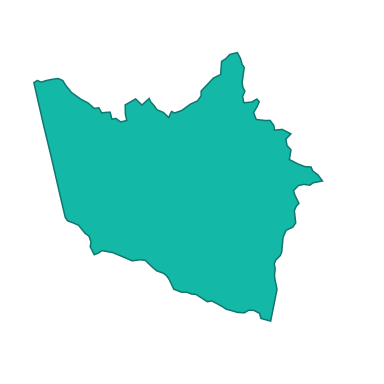 Rolante, Rio Grande do Sul, Brazil, rotated 257°
{"feature_id": "56859067B79381959059514", "entity_name": "Rolante", "entity_type": "district", "adm_level": 2, "iso_a3": "BRA", "parent_name": "Brazil", "parent_adm1": "Rio Grande do Sul", "projection": "albers", "projection_center": [-50.543, -29.636], "detail": "fine", "context": "isolated", "style": "filled", "palette": "teal", "viewbox_px": 384, "rotation_deg": 257, "n_neighbors": 0, "source": "geoboundaries", "source_scale": "gbopen_adm2", "svg_char_len": 1814}
<svg xmlns="http://www.w3.org/2000/svg" viewBox="0 0 384 384"><g transform="rotate(257 192 192)"><path d="M334.1,62.5L290.4,62.4L261.9,62.7L243.0,62.7L224.8,62.7L214.3,62.7L195.5,62.8L191.8,64.4L188.8,69.0L185.2,73.9L175.6,78.6L172.4,81.6L166.1,82.4L161.6,80.5L152.9,82.6L153.5,86.9L155.1,91.1L150.9,101.0L142.1,113.2L138.4,118.1L137.6,126.2L136.0,131.0L128.2,136.1L123.1,139.9L119.3,145.8L116.5,148.2L111.9,150.1L101.4,152.4L96.8,159.0L95.5,164.5L92.7,168.6L91.4,172.7L86.7,177.4L81.6,182.3L81.4,186.8L74.4,194.8L70.0,199.1L67.6,203.7L64.5,209.1L62.5,215.8L64.0,220.5L62.8,225.5L58.6,230.5L53.3,230.7L50.5,235.9L48.5,239.6L77.9,252.9L82.8,253.1L87.7,253.1L92.2,253.6L98.5,255.8L103.6,256.0L106.8,258.3L110.2,263.7L113.5,266.0L127.3,270.5L133.5,275.1L135.1,282.3L138.5,286.1L150.7,287.5L154.7,290.4L156.8,293.6L166.1,291.5L170.5,291.2L174.3,297.1L174.3,302.6L172.1,308.5L173.7,312.0L173.4,321.6L180.4,318.5L185.3,314.4L189.6,313.6L191.4,307.6L195.6,301.4L201.7,294.2L210.9,297.9L215.9,295.0L222.4,295.4L226.4,301.4L232.7,294.0L233.7,286.3L238.4,286.7L244.2,284.2L245.1,279.7L248.2,270.9L255.5,269.9L260.5,274.6L264.8,277.8L268.0,276.1L266.2,270.5L267.3,262.6L273.7,262.8L278.3,266.2L282.7,265.1L287.4,265.5L301.6,270.9L305.2,269.5L311.1,269.3L317.7,267.5L317.5,259.8L314.2,254.8L312.6,250.2L300.0,246.3L298.2,238.5L288.3,223.6L283.6,222.5L279.6,218.0L278.0,210.3L273.8,200.5L272.9,192.9L275.1,190.1L269.8,186.1L276.0,182.0L280.0,176.4L284.5,174.6L289.4,171.9L292.8,171.3L288.0,162.8L295.4,158.0L291.9,146.5L283.1,144.6L276.3,144.5L276.4,138.2L280.9,134.3L280.9,130.4L288.2,130.2L288.9,126.2L289.4,121.8L295.0,120.2L295.4,115.6L302.2,110.7L307.2,104.8L316.0,97.0L324.7,92.8L329.7,91.2L332.7,87.1L333.2,82.0L333.4,75.4L333.0,69.8L335.5,66.3L334.1,62.5Z" fill="#14b8a6" stroke="#0f766e" stroke-width="1.5"/></g></svg>